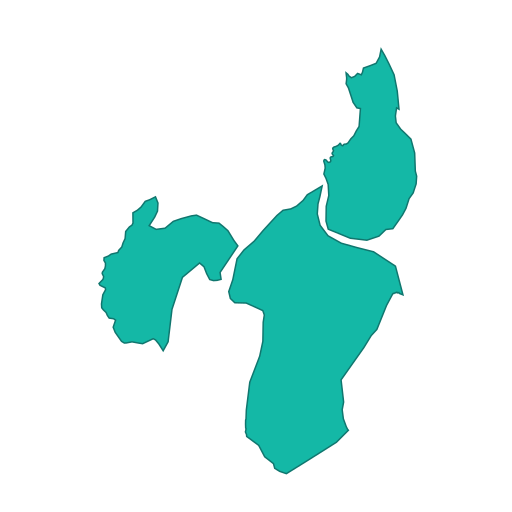 outline of Warri South-West, Delta, Nigeria, rotated 274°
{"feature_id": "59680162B46174350236230", "entity_name": "Warri South-West", "entity_type": "district", "adm_level": 2, "iso_a3": "NGA", "parent_name": "Nigeria", "parent_adm1": "Delta", "projection": "albers", "projection_center": [5.499, 5.604], "detail": "fine", "context": "isolated", "style": "filled", "palette": "teal", "viewbox_px": 512, "rotation_deg": 274, "n_neighbors": 0, "source": "geoboundaries", "source_scale": "gbopen_adm2", "svg_char_len": 3295}
<svg xmlns="http://www.w3.org/2000/svg" viewBox="0 0 512 512"><g transform="rotate(274 256 256)"><path d="M227.5,405.3L255.6,395.8L268.4,373.0L271.4,356.3L274.7,340.2L281.2,326.4L291.1,317.8L302.2,314.2L312.3,314.2L319.8,315.6L330.5,317.1L320.7,302.9L314.7,299.1L308.6,293.0L305.4,287.4L303.5,279.8L297.9,274.1L290.9,268.5L285.6,264.3L285.0,263.8L281.7,261.2L270.7,253.2L261.2,243.6L251.9,237.3L230.7,234.5L218.6,231.3L211.8,233.4L207.9,238.1L208.4,249.5L204.1,261.1L203.7,262.2L202.0,266.6L197.7,268.4L190.4,267.8L171.4,268.8L156.4,266.7L152.7,265.6L129.7,258.6L101.7,257.1L92.7,257.4L91.6,257.1L87.6,257.3L83.7,257.7L83.3,258.1L81.4,258.0L79.8,257.7L77.2,259.0L75.3,259.3L69.6,268.3L67.3,271.9L56.3,278.7L50.1,287.9L45.5,289.5L42.8,294.7L41.0,301.5L54.3,319.9L75.8,349.2L88.6,360.3L89.7,359.3L92.1,357.9L99.7,354.5L108.7,352.7L116.4,353.6L138.4,349.5L172.2,370.0L184.7,376.5L191.2,381.7L215.9,389.7L227.7,395.0L228.1,395.3L228.2,396.1L228.6,396.3L228.8,397.4L229.2,397.8L229.2,398.4L229.6,398.6L229.6,398.9L229.4,398.9L229.4,400.3L229.2,400.3L229.4,400.8L229.2,400.8L229.2,401.2L228.6,401.8L227.5,405.3ZM412.4,388.4L430.4,385.4L446.4,381.1L457.2,375.1L464.9,370.5L471.0,366.4L463.2,365.4L456.6,362.4L453.6,356.1L451.0,350.1L446.7,349.4L444.1,348.4L445.2,344.6L442.0,341.9L440.5,338.7L442.0,336.2L443.7,334.9L445.0,333.1L443.2,333.4L440.1,334.0L438.2,334.1L434.1,333.9L430.1,336.5L416.5,342.0L416.1,342.1L410.8,346.3L410.4,349.9L392.4,349.8L387.7,347.3L382.7,345.2L379.6,342.5L375.2,339.9L373.9,338.1L373.8,336.7L373.3,335.6L372.2,335.1L372.0,334.4L372.9,333.0L374.1,332.5L374.3,332.0L372.3,330.4L370.9,328.2L370.1,326.1L368.9,325.0L367.4,325.4L366.6,326.0L365.7,325.8L363.9,324.7L363.0,325.0L361.6,326.3L360.6,325.8L360.1,323.9L359.5,323.3L358.8,323.2L356.2,324.0L355.1,323.6L354.4,322.1L354.8,321.0L356.7,319.1L357.0,317.7L356.3,317.1L355.3,317.0L351.7,318.4L348.5,318.9L342.5,318.0L338.2,320.5L332.4,323.0L321.4,324.4L310.5,322.6L295.7,323.4L287.8,326.2L280.3,348.8L279.5,365.5L284.4,377.3L291.5,383.7L292.8,390.6L301.7,396.0L307.3,399.3L314.0,402.3L323.9,404.7L329.9,408.4L333.6,409.3L339.1,410.7L346.8,410.7L351.8,409.0L369.8,407.1L383.4,402.4L389.4,395.4L392.5,391.6L398.7,386.5L405.3,385.3L407.1,385.4L408.6,385.5L413.6,385.9L412.4,388.4ZM230.3,222.8L237.1,221.3L264.8,237.2L269.9,232.9L279.3,226.2L283.2,221.1L286.2,216.8L286.2,210.3L289.7,201.4L292.6,193.8L291.5,188.7L289.9,184.1L288.1,178.9L284.8,171.1L277.4,163.4L275.6,154.5L278.8,147.3L287.7,152.2L293.9,154.6L302.0,154.5L308.0,151.6L304.7,146.0L302.8,141.7L296.9,138.0L293.4,134.5L290.5,130.2L280.3,131.0L278.1,130.1L276.2,127.7L271.4,124.3L264.2,124.2L259.8,122.5L255.6,121.5L252.0,118.6L249.8,118.0L247.8,111.4L245.7,108.8L243.7,104.6L241.0,104.6L238.5,106.3L235.6,106.5L232.8,106.1L229.1,103.9L227.7,103.8L225.0,105.4L223.3,105.3L221.9,104.9L217.6,101.3L215.8,102.5L213.7,107.9L211.9,108.3L206.6,105.9L197.4,105.2L193.6,105.7L191.7,107.4L189.2,110.4L186.3,111.9L183.8,113.9L183.5,118.3L182.2,120.4L175.0,118.5L170.0,120.9L161.5,127.8L160.0,130.7L160.2,132.6L161.7,138.3L161.0,144.7L160.6,149.0L166.3,159.2L165.3,161.6L161.5,165.2L155.0,170.0L164.3,174.3L196.9,175.9L229.6,184.1L245.1,200.2L241.6,204.9L235.0,208.0L229.3,211.5L228.5,215.3L229.0,218.9L230.3,222.8Z" fill="#14b8a6" stroke="#0f766e" stroke-width="1.5"/></g></svg>